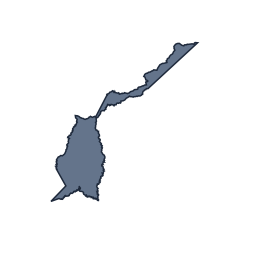 El Paujil, Caquetá, Colombia, rotated 58°
{"feature_id": "7082276B38512916070217", "entity_name": "El Paujil", "entity_type": "district", "adm_level": 2, "iso_a3": "COL", "parent_name": "Colombia", "parent_adm1": "Caquetá", "projection": "albers", "projection_center": [-75.204, 1.773], "detail": "fine", "context": "isolated", "style": "filled", "palette": "slate", "viewbox_px": 256, "rotation_deg": 58, "n_neighbors": 0, "source": "geoboundaries", "source_scale": "gbopen_adm2", "svg_char_len": 5894}
<svg xmlns="http://www.w3.org/2000/svg" viewBox="0 0 256 256"><g transform="rotate(58 128 128)"><path d="M89.2,128.8L101.5,149.6L100.9,149.6L100.5,150.0L100.6,150.9L100.3,151.1L100.1,152.6L98.2,153.7L98.4,154.8L98.2,155.4L98.6,155.9L98.6,157.4L98.2,158.3L98.2,159.4L97.7,159.7L97.5,160.4L96.3,160.8L95.3,162.0L94.7,162.2L93.8,163.1L93.2,163.1L91.8,163.7L91.4,164.2L91.0,164.3L89.5,166.1L91.6,167.0L93.7,166.5L95.1,168.1L96.0,168.0L96.0,168.4L96.4,168.5L96.9,169.5L97.4,169.8L97.5,170.6L97.8,170.6L98.2,171.2L98.0,171.4L98.3,171.4L98.2,172.2L98.4,172.2L98.6,172.6L98.3,173.1L98.3,173.6L98.9,174.0L99.2,175.2L99.6,175.6L100.5,175.6L100.8,176.6L101.3,176.5L101.8,177.2L101.7,177.6L102.1,177.9L102.1,179.2L103.3,179.7L103.7,180.6L103.1,181.6L103.6,182.5L103.7,183.9L104.2,184.3L104.5,183.9L105.8,183.2L106.2,184.6L107.0,185.0L107.6,185.8L108.4,185.9L109.2,186.5L109.7,188.6L110.5,188.7L110.7,189.2L111.2,188.8L111.7,189.1L112.3,190.2L113.4,191.0L113.5,192.0L114.7,192.9L116.4,195.5L116.8,198.3L115.7,199.6L115.9,201.7L115.6,202.4L117.0,205.4L117.8,205.5L117.6,205.7L118.2,206.0L118.3,206.5L119.9,207.2L120.2,207.0L120.3,207.4L121.3,207.4L121.7,208.1L121.3,208.5L122.8,208.8L122.5,209.4L122.8,209.3L123.1,209.8L123.9,209.8L124.2,210.2L125.2,210.1L125.1,210.5L144.2,211.4L149.4,232.2L151.2,224.0L152.9,222.6L152.9,221.9L153.4,221.8L153.7,221.4L153.5,220.5L152.7,219.5L153.0,219.0L152.6,218.8L152.7,218.1L152.2,217.6L152.6,217.4L152.4,216.7L153.0,216.7L154.0,214.7L153.8,214.3L154.1,213.7L153.6,213.2L153.1,212.0L153.2,211.4L152.9,211.0L153.8,210.1L153.7,208.1L153.1,207.8L153.1,207.4L153.4,206.7L154.1,206.5L153.8,205.5L154.2,205.2L154.1,204.7L153.6,204.4L154.1,204.0L153.8,203.7L154.2,203.4L153.8,202.2L153.3,201.9L152.6,200.8L151.3,200.1L152.3,200.4L153.7,200.2L154.3,200.8L154.6,202.0L155.5,202.5L156.2,202.3L157.5,200.6L158.6,200.0L159.3,200.0L159.8,200.5L160.8,200.6L162.1,199.9L163.0,200.0L162.9,199.0L163.2,199.1L163.3,198.9L163.8,199.0L164.1,199.3L164.8,199.2L164.8,198.7L165.1,198.8L165.3,198.5L164.9,198.2L165.1,197.1L165.7,196.7L166.2,196.8L166.4,196.4L166.2,196.2L166.4,196.0L166.6,196.2L166.9,195.6L167.2,195.7L167.6,195.1L167.7,195.3L167.8,195.0L168.1,195.1L168.4,194.5L168.8,194.9L169.2,194.9L169.1,194.5L169.7,194.8L170.0,194.2L169.9,193.6L170.4,193.5L170.4,193.3L170.7,193.5L171.0,193.2L170.6,192.9L171.4,192.0L171.3,191.8L171.5,191.7L171.7,191.9L171.8,191.7L172.4,192.1L172.8,191.9L173.2,192.2L173.8,191.5L173.4,191.2L172.9,191.3L172.7,190.9L171.8,191.1L171.3,190.9L170.7,190.0L170.2,190.1L169.7,189.7L169.3,189.0L169.4,188.7L168.7,188.2L168.3,188.3L168.2,188.9L167.6,189.1L167.1,188.4L166.3,188.3L166.4,187.9L165.7,187.9L166.0,187.3L165.8,187.1L165.3,187.4L165.4,187.0L165.2,186.7L163.7,186.4L163.4,186.1L163.4,185.5L161.5,185.7L160.9,185.3L160.6,185.3L160.2,184.4L159.3,183.9L159.3,183.5L159.7,183.5L160.1,182.7L159.5,182.1L159.3,180.9L158.9,180.9L159.2,180.5L158.1,180.0L158.1,179.6L157.2,179.8L157.0,179.1L156.6,178.9L156.4,177.9L156.2,177.5L155.8,177.6L155.1,177.1L155.3,176.9L154.7,176.5L154.8,175.5L155.2,175.2L155.1,174.6L154.8,174.7L154.3,174.1L154.3,174.4L153.4,173.9L152.7,173.8L153.0,173.5L152.8,172.7L151.9,171.5L151.9,171.0L151.3,171.3L150.7,170.6L150.6,170.9L150.4,170.6L149.9,170.7L149.4,170.2L148.9,170.3L147.7,169.7L146.6,169.9L146.4,170.3L145.5,170.0L145.1,169.4L145.6,168.6L145.0,168.7L144.7,168.1L144.2,167.3L143.8,167.2L144.3,166.3L144.0,166.4L144.1,166.1L143.2,165.8L143.1,165.2L142.7,165.3L142.7,165.1L141.8,164.8L141.2,163.5L140.0,162.8L139.1,162.8L138.6,162.5L137.2,163.2L136.6,163.2L135.5,163.1L134.3,163.3L133.5,162.7L133.3,162.2L132.3,161.9L131.8,160.8L130.7,160.8L130.7,160.1L130.0,160.2L129.4,159.3L128.8,159.8L128.1,159.6L127.9,159.7L127.9,159.3L127.2,158.9L124.3,159.4L123.9,158.5L123.5,158.3L123.5,158.0L123.0,157.7L122.2,157.8L121.8,158.4L120.6,158.3L120.5,157.9L119.9,157.7L119.6,157.1L119.7,156.5L118.9,156.0L118.1,155.8L116.8,155.9L115.8,155.1L115.4,155.3L115.1,154.9L114.9,155.2L114.1,155.6L113.3,155.5L112.8,156.2L110.6,155.8L110.0,154.9L108.8,154.3L108.2,153.4L107.3,152.7L106.0,152.5L106.1,151.8L105.7,151.3L103.2,150.1L102.8,149.2L103.0,147.9L102.1,146.3L102.2,145.8L101.8,145.5L101.7,144.8L101.3,143.9L100.6,143.7L100.6,143.1L99.5,142.4L99.7,140.4L100.8,139.0L100.2,138.2L100.4,136.9L99.0,136.4L99.2,135.6L98.5,135.1L98.2,133.8L97.3,132.9L97.9,132.6L97.8,132.2L98.1,131.9L99.1,131.8L98.8,130.9L99.5,130.7L99.4,130.0L98.9,130.4L99.3,129.5L100.5,128.4L101.3,128.4L101.8,128.0L101.1,127.1L101.7,126.4L102.0,125.7L101.1,124.7L101.3,123.7L102.1,122.9L102.0,122.0L102.9,121.2L102.7,120.6L101.4,119.8L102.4,117.5L102.5,115.7L101.8,113.6L102.0,111.8L101.7,110.0L101.9,109.7L102.5,109.7L103.3,108.4L104.6,107.1L104.5,106.6L105.5,104.7L105.6,103.8L106.2,103.3L106.3,102.1L107.2,100.9L107.3,99.2L106.8,98.5L107.2,97.8L105.5,96.6L104.9,95.7L104.9,94.5L104.5,93.9L104.9,92.5L104.5,92.1L104.4,91.5L105.2,90.2L92.6,23.8L91.1,25.8L91.2,26.8L91.8,27.8L90.6,29.0L88.9,32.8L88.3,33.4L88.5,34.1L87.4,36.1L87.9,37.1L86.4,38.5L83.5,39.6L82.5,41.3L82.2,43.3L83.1,45.7L83.5,46.1L84.7,46.4L84.9,46.8L86.8,47.0L87.0,47.3L87.4,48.9L88.8,51.0L88.7,52.9L89.3,54.9L90.2,55.8L90.1,57.9L90.8,58.4L91.4,60.1L92.8,60.0L93.1,60.3L92.1,63.5L91.5,64.4L91.3,67.5L93.0,71.1L94.3,72.9L92.3,75.4L92.6,76.8L92.2,77.8L92.3,79.5L91.6,81.1L91.8,82.6L91.3,83.5L91.4,85.3L92.7,87.3L93.2,86.9L94.0,86.7L96.8,87.4L97.4,86.7L98.7,86.3L98.9,87.1L98.4,88.2L98.5,88.7L101.2,89.5L100.4,91.1L100.4,92.7L100.0,93.3L99.8,95.3L99.0,97.4L99.1,98.1L100.1,99.0L100.2,99.5L98.9,102.2L99.2,104.2L98.5,106.6L98.9,108.7L98.5,109.6L98.6,110.1L96.3,112.2L96.6,112.4L95.9,114.4L95.4,114.5L95.2,116.0L94.7,117.4L93.8,117.1L93.4,117.5L93.1,117.5L93.1,118.1L91.1,120.1L90.1,119.9L90.5,120.5L90.4,121.0L89.8,120.9L89.4,121.2L88.9,120.9L88.3,121.2L88.4,123.5L88.0,124.5L88.5,125.5L88.6,126.3L88.2,127.8L88.4,128.2L88.9,128.0L89.2,128.2L89.2,128.8Z" fill="#64748b" stroke="#1e293b" stroke-width="1.5"/></g></svg>